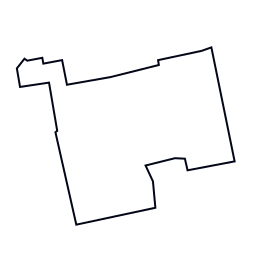 outline of Schuyler, New York, United States of America, rotated 170°
{"feature_id": "52423323B65441354087785", "entity_name": "Schuyler", "entity_type": "district", "adm_level": 2, "iso_a3": "USA", "parent_name": "United States of America", "parent_adm1": "New York", "projection": "mercator", "projection_center": [-76.828, 42.39], "detail": "fine", "context": "isolated", "style": "outline", "palette": "ink", "viewbox_px": 256, "rotation_deg": 170, "n_neighbors": 0, "source": "geoboundaries", "source_scale": "gbopen_adm2", "svg_char_len": 449}
<svg xmlns="http://www.w3.org/2000/svg" viewBox="0 0 256 256"><g transform="rotate(170 128 128)"><path d="M114.9,44.7L112.7,71.1L117.2,88.0L87.0,90.1L77.3,87.9L76.7,76.0L28.8,76.6L31.9,192.9L42.0,191.2L86.6,189.6L86.7,184.7L136.3,181.2L180.6,181.2L181.1,206.3L200.2,206.1L200.2,212.0L215.5,211.8L217.9,214.2L227.1,206.0L227.2,187.2L197.9,186.4L198.2,137.5L200.2,136.4L195.7,41.8L114.9,44.7Z" fill="none" stroke="#020617" stroke-width="2"/></g></svg>